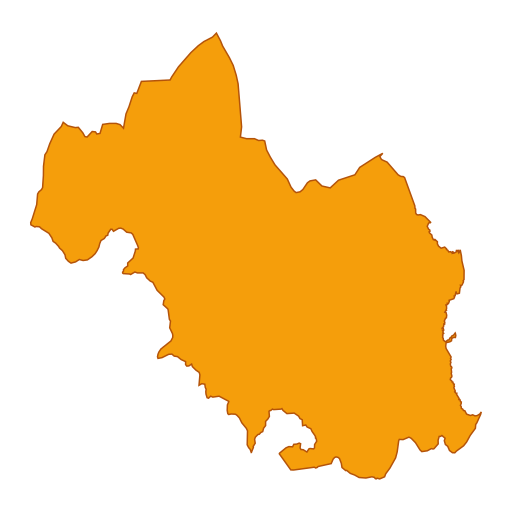 Ogan Komering Ulu Selatan, Sumatera Selatan, Indonesia (Equal Earth projection)
{"feature_id": "22746128B38683854456350", "entity_name": "Ogan Komering Ulu Selatan", "entity_type": "district", "adm_level": 2, "iso_a3": "IDN", "parent_name": "Indonesia", "parent_adm1": "Sumatera Selatan", "projection": "equal_earth", "projection_center": [104.077, -4.568], "detail": "fine", "context": "isolated", "style": "filled", "palette": "amber", "viewbox_px": 512, "rotation_deg": 0, "n_neighbors": 0, "source": "geoboundaries", "source_scale": "gbopen_adm2", "svg_char_len": 6065}
<svg xmlns="http://www.w3.org/2000/svg" viewBox="0 0 512 512"><path d="M279.3,453.8L290.8,469.9L293.6,470.0L314.3,467.2L315.7,468.0L317.3,467.4L318.1,466.5L331.2,463.6L333.1,459.2L334.6,457.5L336.0,456.9L338.1,457.4L339.5,458.6L341.3,463.3L342.0,467.5L345.7,470.6L346.7,470.4L350.3,473.4L354.6,475.0L359.1,477.5L365.9,478.0L371.9,476.8L374.4,477.4L375.3,478.6L376.1,478.9L377.1,478.2L379.7,478.9L384.6,476.8L385.7,473.8L389.9,468.1L395.6,457.9L397.2,451.8L398.7,440.7L399.3,439.4L403.1,439.6L408.8,437.2L409.8,437.5L411.3,438.4L415.5,442.7L420.0,449.9L421.8,451.6L427.3,450.8L431.3,448.6L433.0,449.0L434.0,448.7L438.2,443.9L438.1,440.2L439.2,436.4L440.6,436.4L441.9,435.5L445.1,438.2L444.3,440.7L445.4,444.5L447.7,446.3L449.5,450.5L452.4,452.7L454.8,452.8L456.4,451.1L463.6,445.8L466.6,442.0L470.2,435.4L475.4,428.3L475.7,424.5L476.8,422.9L480.6,414.5L481.3,411.9L479.8,414.0L477.2,415.6L475.0,415.9L472.7,414.8L470.4,415.5L466.6,414.1L464.8,410.7L463.5,410.5L462.7,409.1L461.4,408.4L461.2,406.6L460.4,405.4L461.2,403.5L461.3,402.0L460.5,401.6L459.9,399.6L458.9,399.5L459.1,398.5L456.6,394.4L456.8,393.3L456.1,393.3L454.7,391.8L455.3,391.1L453.8,387.7L454.4,386.4L454.0,385.8L454.3,384.2L453.4,383.9L452.8,382.0L452.1,382.0L451.9,381.1L450.3,379.7L450.6,378.0L451.6,377.2L451.9,376.1L451.2,373.2L451.6,372.3L451.2,368.8L451.9,367.9L451.5,366.7L450.8,366.5L450.3,364.0L450.9,362.4L450.3,361.0L451.1,359.4L450.5,358.5L451.1,357.0L446.1,348.5L445.7,346.3L446.1,342.7L449.9,341.8L451.5,340.8L451.8,338.4L453.8,337.4L455.4,337.5L455.8,335.5L455.4,333.5L455.2,333.0L453.6,335.1L451.8,336.0L451.2,337.1L449.8,338.1L449.1,339.8L447.6,340.1L446.0,341.5L444.9,341.4L443.4,340.1L443.2,338.2L442.6,337.6L442.8,336.3L442.6,335.6L443.0,335.0L442.6,334.1L443.7,333.3L442.8,332.2L443.2,331.1L442.5,330.2L443.7,330.0L443.3,328.5L442.2,328.1L443.5,326.8L443.9,323.9L444.6,324.1L444.8,322.2L444.3,321.1L445.5,318.3L446.4,317.8L446.7,315.2L446.0,312.4L444.9,312.2L445.8,310.5L446.5,310.2L446.2,309.5L446.6,308.4L446.5,306.3L445.9,305.0L447.3,304.6L447.3,303.3L448.4,303.6L449.3,301.4L449.1,300.3L453.8,298.7L454.5,297.2L454.2,296.0L455.1,295.8L455.9,292.1L456.3,292.1L456.4,293.4L457.0,293.9L459.4,293.2L460.0,288.1L460.7,287.1L460.5,285.4L461.2,285.7L462.1,284.9L463.5,281.8L463.2,280.7L464.0,279.6L464.1,270.3L461.9,260.9L461.4,255.7L460.2,249.8L460.0,251.6L458.9,252.8L458.6,251.0L458.2,251.6L457.7,250.5L456.9,250.4L456.4,250.5L456.5,251.7L454.1,253.1L452.6,253.3L453.3,252.1L452.7,251.7L451.4,252.4L450.5,251.7L448.7,251.9L447.8,250.3L446.5,249.5L446.6,248.9L444.7,247.1L441.1,248.2L438.6,246.2L437.4,243.9L437.4,241.7L435.0,239.5L434.6,239.5L434.8,240.1L433.3,239.6L432.2,237.2L431.8,235.0L429.5,232.9L429.1,231.8L430.0,231.2L429.7,229.9L428.6,229.2L427.2,226.3L428.5,223.4L429.4,222.6L430.2,222.8L430.6,222.3L425.0,216.6L420.4,214.6L418.0,215.0L416.6,214.5L415.7,213.1L415.6,209.0L415.0,208.4L414.8,205.8L404.6,177.6L403.3,176.6L400.8,176.4L398.1,174.8L387.1,162.1L382.0,159.8L381.0,158.8L379.9,156.5L382.8,153.3L375.2,157.4L359.7,167.4L354.9,174.8L338.5,180.2L330.2,187.9L321.9,186.0L315.7,179.9L310.0,180.9L307.4,182.8L302.9,189.5L300.1,191.8L296.1,192.6L294.1,191.1L291.0,187.1L287.3,179.0L275.0,164.9L270.3,157.1L266.6,150.0L264.7,141.0L262.5,140.2L258.6,140.5L254.5,138.7L246.6,138.7L240.4,137.1L241.6,126.9L238.1,83.9L236.2,75.2L233.2,65.4L229.4,57.7L222.6,46.0L220.5,40.8L216.4,33.1L212.5,37.1L204.0,41.5L198.3,45.7L191.0,52.5L178.5,66.8L171.6,77.1L170.1,80.0L141.4,81.4L136.8,93.4L134.2,92.9L132.2,96.8L129.0,106.7L126.0,113.9L123.5,128.2L120.0,124.6L116.1,123.4L109.6,123.4L102.7,124.4L100.0,133.4L96.8,134.0L95.5,131.9L92.2,131.5L87.1,137.0L84.9,136.6L82.8,132.8L78.3,127.3L75.3,127.6L67.8,125.8L63.2,122.3L61.3,126.5L54.1,134.1L49.8,143.6L47.0,151.6L44.9,154.8L43.5,166.3L43.4,175.6L42.6,187.6L41.5,189.6L38.9,191.8L37.6,194.0L36.7,204.6L32.2,219.0L30.7,222.6L30.9,224.8L34.9,227.0L36.2,226.5L39.5,226.8L41.5,228.7L48.9,233.3L51.9,237.9L53.1,241.4L55.6,243.1L58.6,246.4L59.5,248.0L62.5,250.7L65.0,254.8L65.7,258.3L68.4,261.3L71.0,263.1L75.6,261.9L79.3,259.5L83.1,260.5L87.4,259.9L92.0,256.7L95.1,253.7L97.1,250.6L98.9,247.0L99.7,243.6L101.0,240.5L104.3,238.5L106.1,235.8L107.7,235.3L108.1,233.1L110.7,229.3L112.1,229.3L113.5,231.3L118.7,228.3L120.8,228.1L123.2,229.1L126.7,232.2L131.2,232.9L132.8,234.4L137.6,245.4L138.4,247.6L138.2,248.9L135.5,249.1L135.3,251.1L133.1,258.0L127.7,263.0L127.7,266.0L125.0,267.8L123.5,269.6L123.5,271.1L122.6,272.2L122.7,273.1L123.3,273.6L129.6,274.0L130.6,274.5L134.9,272.0L137.3,272.9L143.1,272.9L145.1,274.6L146.7,277.8L150.3,281.1L152.9,282.3L157.1,290.3L164.0,297.1L164.8,299.0L163.8,300.7L163.2,304.7L167.7,308.8L168.1,309.7L169.4,319.4L170.5,321.0L169.7,327.8L172.5,333.7L172.8,335.4L172.7,337.5L170.9,341.0L161.0,348.9L158.9,352.0L158.0,354.2L157.5,356.8L158.0,358.4L162.1,357.6L168.7,354.3L171.9,354.1L174.2,356.1L177.5,356.6L181.2,359.6L185.6,361.6L185.6,364.6L186.8,366.1L188.9,365.9L191.6,364.1L192.4,366.6L195.9,370.1L199.2,372.4L199.9,374.9L199.0,385.3L201.8,383.7L204.8,384.2L205.3,387.5L206.1,389.2L205.8,391.7L206.0,394.1L207.1,397.7L208.5,398.2L210.7,396.2L212.8,397.1L219.1,396.2L228.5,401.2L228.8,401.6L227.4,404.9L227.2,410.4L227.8,413.7L228.7,414.5L231.1,414.0L235.4,414.2L237.0,415.3L239.4,417.9L241.8,422.8L246.3,428.3L247.5,430.8L247.2,444.8L248.7,447.7L250.2,449.4L251.5,453.2L251.3,452.6L253.4,447.4L253.2,446.5L255.2,443.2L254.6,439.2L255.4,437.1L257.9,434.5L259.3,434.2L260.8,432.5L262.7,431.6L263.6,428.2L265.6,425.6L265.6,421.4L267.8,419.1L269.4,416.4L269.0,411.3L269.8,410.6L270.6,410.6L272.4,409.1L273.6,409.6L281.0,409.1L281.9,408.6L283.0,410.4L286.9,413.6L294.2,413.1L298.6,416.1L300.0,418.6L302.2,419.7L302.6,425.7L305.8,425.0L307.1,427.0L310.8,428.7L312.1,431.5L314.9,435.5L315.7,437.2L315.4,437.9L316.2,438.7L316.7,441.2L314.6,444.5L314.5,447.9L313.6,448.9L310.0,448.5L308.9,448.9L306.9,452.0L303.2,449.7L300.9,449.5L300.1,447.9L300.6,443.7L299.2,443.1L296.7,444.1L293.8,444.3L292.6,446.8L288.8,446.6L285.9,447.9L279.6,453.1L279.3,453.8Z" fill="#f59e0b" stroke="#b45309" stroke-width="1.5"/></svg>